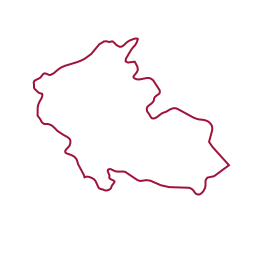 SVG path tracing the border of Médéa, rotated 247°
{"feature_id": "DZA-2213", "entity_name": "Médéa", "entity_type": "Province", "adm_level": 1, "iso_a3": "DZA", "parent_name": "Algeria", "parent_adm1": "", "projection": "mercator", "projection_center": [2.97, 35.965], "detail": "fine", "context": "isolated", "style": "outline", "palette": "rose", "viewbox_px": 256, "rotation_deg": 247, "n_neighbors": 0, "source": "natural_earth", "source_scale": "10m", "svg_char_len": 2536}
<svg xmlns="http://www.w3.org/2000/svg" viewBox="0 0 256 256"><g transform="rotate(247 128 128)"><path d="M50.0,188.5L51.3,181.7L50.5,180.3L49.1,178.7L44.8,176.9L42.7,175.5L40.3,172.6L39.2,170.0L38.9,167.9L39.5,166.3L40.8,164.9L42.7,164.2L44.9,163.8L47.1,162.8L49.0,161.1L57.5,142.8L62.6,135.7L70.4,128.4L71.9,126.2L72.9,124.3L73.8,120.7L74.4,118.8L75.3,117.5L76.3,116.4L88.8,108.2L90.0,106.2L91.5,102.3L93.0,99.5L97.0,95.9L97.5,94.4L97.4,93.3L96.7,92.7L95.7,92.4L91.6,92.4L89.5,91.3L88.7,91.4L87.8,91.9L85.2,94.2L84.5,94.6L84.0,94.7L83.7,94.5L83.4,94.2L82.5,92.9L81.9,91.7L81.1,90.5L79.2,88.7L78.9,88.0L78.6,86.8L78.7,84.4L79.1,83.1L79.9,82.1L81.5,80.5L82.6,78.9L83.4,78.1L84.5,77.6L91.9,77.4L94.0,76.7L96.0,75.3L98.0,73.3L99.1,71.6L99.5,70.5L99.6,68.7L102.4,69.0L114.3,67.9L117.0,68.3L119.4,68.4L121.9,67.7L123.8,66.5L125.5,65.0L128.3,61.9L129.7,60.8L131.4,61.2L132.4,62.7L133.4,65.0L134.6,67.3L136.6,69.0L138.5,69.9L140.1,70.1L141.5,69.7L143.6,68.5L147.0,65.8L152.9,61.9L157.1,60.3L160.2,58.8L162.6,56.4L163.5,54.7L164.1,53.0L165.1,51.9L167.1,50.9L170.2,50.7L174.7,49.6L181.8,52.7L184.3,54.3L186.6,56.6L189.5,60.4L191.6,62.0L193.0,62.3L194.7,60.2L195.9,59.3L199.8,57.6L200.9,57.3L202.0,57.3L204.9,58.5L206.4,58.8L207.6,59.7L208.2,61.3L208.3,64.3L208.6,67.0L210.7,70.8L211.0,72.3L210.1,73.8L207.8,76.0L207.2,76.9L207.2,78.4L207.4,81.0L209.3,87.1L209.8,89.9L209.9,94.1L208.5,107.2L208.4,111.1L208.7,115.4L210.5,123.1L216.4,134.5L216.5,136.3L217.1,139.5L216.7,140.8L216.1,142.2L214.4,144.5L214.0,147.2L213.3,148.0L208.6,149.9L205.9,152.2L205.4,154.0L205.7,156.1L207.1,159.7L207.6,161.7L207.9,164.0L207.7,168.9L207.1,170.8L206.1,171.8L203.8,169.9L202.4,168.3L201.2,166.4L200.1,163.8L198.5,161.1L192.7,153.3L191.3,152.3L190.2,151.9L189.0,152.8L188.2,153.7L186.4,160.1L181.2,160.6L179.4,160.3L177.5,159.6L176.2,158.3L175.2,156.7L173.6,153.5L172.6,152.9L171.4,153.2L169.6,154.8L168.3,157.2L166.6,165.1L165.6,167.2L164.3,168.5L162.1,169.8L150.4,171.9L148.5,171.3L147.4,170.2L146.5,166.2L146.0,164.8L145.3,163.9L142.9,162.2L142.1,160.9L141.4,159.2L140.5,155.7L139.9,154.1L138.3,152.7L135.8,152.1L132.1,153.0L130.0,153.1L128.4,153.5L127.4,154.0L126.6,155.7L126.6,157.9L127.0,160.1L128.1,164.2L128.3,165.7L128.1,168.7L128.1,169.9L128.7,174.3L128.6,176.3L128.3,178.1L127.7,179.4L126.4,180.9L112.2,192.2L110.0,194.4L108.6,196.0L108.1,196.9L106.0,200.6L104.6,202.5L102.8,204.2L100.8,205.3L98.7,205.9L96.7,206.0L94.6,205.4L92.9,204.5L83.7,197.3L83.4,197.2L77.5,198.4L54.3,206.4L50.0,188.5Z" fill="none" stroke="#9f1239" stroke-width="2"/></g></svg>